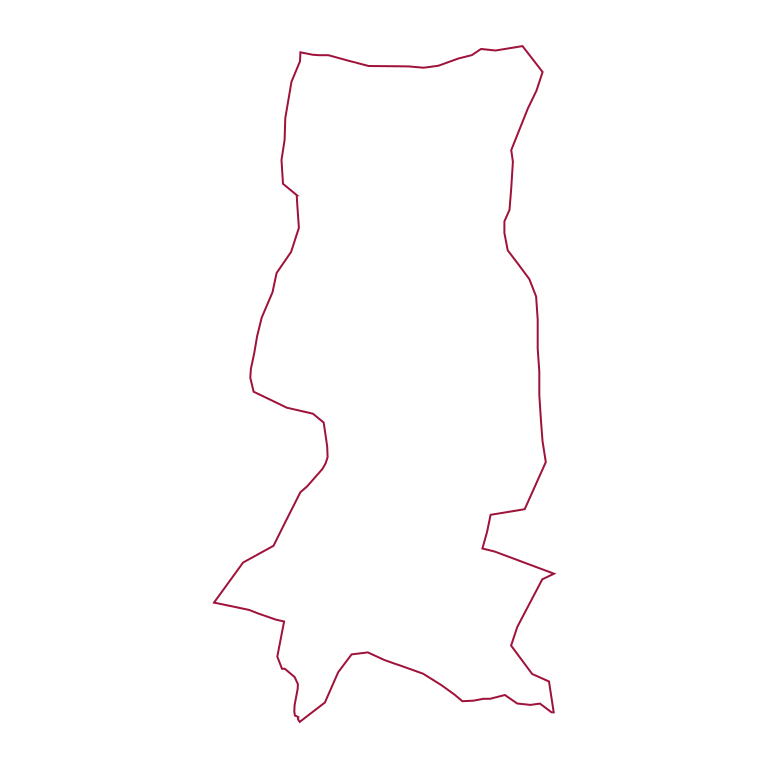 outline of Guyuk, Gombe, Nigeria
{"feature_id": "59680162B83966420631158", "entity_name": "Guyuk", "entity_type": "district", "adm_level": 2, "iso_a3": "NGA", "parent_name": "Nigeria", "parent_adm1": "Gombe", "projection": "natural_earth1", "projection_center": [11.903, 9.837], "detail": "fine", "context": "isolated", "style": "outline", "palette": "rose", "viewbox_px": 768, "rotation_deg": 0, "n_neighbors": 0, "source": "geoboundaries", "source_scale": "gbopen_adm2", "svg_char_len": 1662}
<svg xmlns="http://www.w3.org/2000/svg" viewBox="0 0 768 768"><path d="M394.5,663.6L401.3,665.9L423.1,673.7L441.5,685.2L454.9,694.9L462.3,701.2L473.3,700.7L483.4,698.8L490.1,698.8L504.9,695.0L517.2,703.5L530.4,704.9L540.0,703.6L551.5,712.3L553.7,712.3L549.0,681.5L532.2,674.0L511.1,645.6L517.3,626.9L542.3,579.3L554.0,573.7L494.5,551.5L482.4,548.5L487.1,531.8L490.6,514.8L524.7,509.2L545.8,462.1L542.5,440.9L540.9,419.7L540.2,408.8L539.3,394.7L539.3,390.3L539.3,371.6L537.7,348.5L537.7,345.4L537.7,319.6L536.1,296.5L529.4,279.2L519.4,265.7L507.7,250.3L505.8,240.3L504.4,233.0L504.4,221.4L509.5,209.9L511.2,188.7L512.9,161.8L511.3,150.5L511.2,150.2L527.9,108.4L536.5,90.6L542.6,72.0L525.4,49.8L522.5,46.1L495.5,50.5L481.0,49.0L471.9,55.1L458.4,58.5L438.5,65.7L427.7,67.2L423.4,67.7L408.5,66.4L400.2,66.3L390.2,66.2L368.7,66.0L350.3,61.2L350.2,61.2L328.4,55.2L319.1,55.2L313.8,54.8L313.7,54.8L313.0,54.8L300.4,52.3L300.0,61.3L291.5,81.7L285.3,118.0L284.6,140.0L281.5,160.0L283.0,183.8L296.8,195.2L296.7,195.2L297.3,205.2L298.9,227.8L291.1,251.9L276.6,273.0L272.5,292.3L261.7,317.6L257.1,336.3L254.2,353.3L250.9,368.8L250.3,377.7L253.6,391.7L286.8,407.7L312.9,413.7L323.6,422.5L323.9,424.1L326.1,438.9L327.2,446.6L327.6,457.2L325.6,463.4L322.3,469.1L317.2,474.9L307.1,486.4L300.4,492.2L284.4,523.9L273.5,545.8L243.1,562.5L214.0,602.6L249.0,609.9L259.0,613.8L275.8,619.6L284.1,621.5L277.3,656.6L282.0,668.8L284.7,668.7L294.6,677.0L297.9,684.1L297.7,688.7L294.6,705.1L294.3,711.5L294.9,715.5L298.4,717.1L297.9,719.0L299.7,721.9L324.9,702.5L338.2,672.2L351.6,654.4L367.8,652.4L382.4,659.1L384.6,660.1L394.5,663.6Z" fill="none" stroke="#9f1239" stroke-width="2"/></svg>